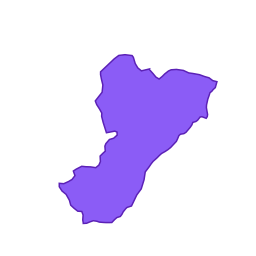 Uljin-gun, Gangwon, South Korea, rotated 48°
{"feature_id": "91817680B88731995383072", "entity_name": "Uljin-gun", "entity_type": "district", "adm_level": 2, "iso_a3": "KOR", "parent_name": "South Korea", "parent_adm1": "Gangwon", "projection": "albers", "projection_center": [129.325, 36.894], "detail": "fine", "context": "isolated", "style": "filled", "palette": "violet", "viewbox_px": 256, "rotation_deg": 48, "n_neighbors": 0, "source": "geoboundaries", "source_scale": "gbopen_adm2", "svg_char_len": 1658}
<svg xmlns="http://www.w3.org/2000/svg" viewBox="0 0 256 256"><g transform="rotate(48 128 128)"><path d="M98.4,72.7L94.5,79.8L89.8,80.5L84.9,79.5L79.0,76.7L76.9,76.5L71.5,81.2L67.9,86.3L67.4,92.0L67.9,110.8L70.0,112.7L74.0,115.1L79.2,117.9L84.1,123.3L86.0,134.2L87.3,134.7L89.7,135.6L95.1,136.5L99.4,137.5L101.7,139.8L107.2,142.7L117.1,147.2L121.5,139.9L123.7,138.9L126.0,140.8L126.0,145.5L124.1,149.5L124.8,154.9L126.0,157.3L130.0,160.4L130.0,163.7L130.2,167.5L134.5,171.0L136.1,174.5L135.9,178.5L131.9,181.8L128.4,185.4L125.5,188.0L123.9,194.1L123.4,197.4L127.9,199.3L128.8,204.0L127.9,208.3L126.4,213.0L123.1,216.1L125.7,218.4L130.7,219.2L135.9,218.4L142.5,219.9L147.0,222.2L151.5,221.8L156.2,221.0L159.1,218.2L162.6,219.6L166.1,223.2L168.8,224.9L169.0,225.1L171.1,222.5L172.3,219.1L173.7,215.8L176.5,213.5L178.7,212.3L181.5,209.7L183.4,207.8L185.3,205.7L187.4,203.3L187.1,199.3L187.1,196.2L188.6,192.9L188.1,190.3L187.1,187.7L186.4,183.5L186.4,181.8L188.3,177.6L183.6,166.2L182.1,158.9L177.2,150.7L172.2,144.6L171.0,138.4L170.1,134.7L169.6,131.8L169.6,126.2L169.4,123.1L169.4,120.1L170.3,116.1L170.8,112.8L171.0,109.2L170.3,101.0L169.3,98.6L167.7,95.3L167.7,93.2L169.6,90.2L170.0,87.8L169.1,81.2L168.4,78.4L167.2,76.1L168.6,73.2L168.8,71.1L168.1,67.1L169.1,65.5L173.1,63.4L172.6,61.5L171.2,59.8L168.6,58.2L165.3,56.1L163.4,54.2L159.9,49.3L158.5,46.7L156.6,43.4L156.8,41.3L156.4,38.9L156.4,36.1L153.1,30.9L149.5,33.3L144.9,34.2L141.1,36.6L136.2,39.2L130.8,43.4L127.7,46.0L122.3,48.3L116.9,52.8L113.6,57.0L112.7,59.8L112.4,64.5L112.6,68.1L112.4,72.1L108.9,73.2L104.2,73.0L98.5,73.0L98.4,72.7Z" fill="#8b5cf6" stroke="#5b21b6" stroke-width="1.5"/></g></svg>